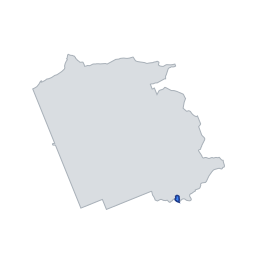 Sirba, Western Darfur, Sudan shown in context, rotated 248°
{"feature_id": "16777658B17269795285399", "entity_name": "Sirba", "entity_type": "district", "adm_level": 2, "iso_a3": "SDN", "parent_name": "Sudan", "parent_adm1": "Western Darfur", "projection": "mercator", "projection_center": [22.421, 13.82], "detail": "fine", "context": "in_parent", "style": "filled", "palette": "blue", "viewbox_px": 256, "rotation_deg": 248, "n_neighbors": 0, "source": "geoboundaries", "source_scale": "gbopen_adm2", "svg_char_len": 4345}
<svg xmlns="http://www.w3.org/2000/svg" viewBox="0 0 256 256"><g transform="rotate(248 128 128)"><path d="M169.7,195.4L167.7,195.4L167.5,194.9L167.5,193.6L167.8,192.6L168.5,191.0L168.3,190.1L168.4,188.9L167.9,187.5L163.0,183.4L162.1,182.3L159.5,181.3L159.9,180.2L158.9,171.8L159.4,170.9L159.6,169.4L159.5,168.1L160.2,166.0L160.2,165.1L155.1,165.0L155.0,165.9L155.2,167.0L155.2,167.4L148.1,167.4L150.9,170.7L151.1,172.1L150.9,173.9L150.9,175.0L151.1,175.8L151.9,177.2L151.8,177.5L151.6,177.9L146.5,182.2L145.7,184.2L145.0,185.3L143.5,187.1L138.9,191.7L138.1,192.0L134.6,192.2L134.2,192.3L134.0,192.5L133.8,192.4L130.8,189.7L125.7,186.5L122.3,188.2L121.4,188.8L121.4,190.4L120.9,191.2L120.0,192.0L117.5,192.6L116.2,193.1L114.6,194.0L113.1,195.4L113.0,196.2L113.2,196.9L104.6,196.9L104.0,196.3L102.7,193.9L101.9,194.0L94.0,193.7L92.9,194.0L90.7,195.0L89.5,195.2L88.4,194.7L84.2,189.9L83.3,189.3L82.4,188.1L81.5,187.6L81.2,187.3L81.1,186.8L81.2,185.7L80.9,185.0L80.2,184.9L74.7,186.0L73.9,185.9L72.7,186.1L72.3,186.3L71.8,186.9L71.8,188.2L71.6,188.9L71.2,189.6L69.6,191.3L69.3,192.0L69.3,193.8L69.2,194.7L69.0,195.1L68.3,195.8L68.1,196.2L67.8,198.5L66.9,199.9L66.7,200.4L66.7,201.4L66.5,201.7L64.0,202.5L63.1,203.0L62.5,203.8L62.4,204.1L61.3,203.8L59.9,203.6L57.3,203.4L56.3,203.0L55.8,202.5L55.9,201.1L55.7,200.8L55.3,200.5L55.0,199.9L55.0,199.2L56.4,197.6L56.7,196.7L57.1,192.7L57.0,191.4L55.9,189.2L53.3,185.2L52.7,184.5L49.6,181.2L49.2,180.8L48.5,179.4L49.3,176.4L49.3,175.6L49.1,174.7L48.3,174.1L47.6,174.0L46.7,173.2L46.1,172.8L45.5,172.1L45.2,171.1L45.4,167.6L45.3,167.1L44.5,167.0L44.3,166.7L44.3,166.0L43.9,164.0L43.4,162.3L43.6,161.4L43.0,160.2L41.7,159.6L39.2,160.0L38.4,160.0L37.8,159.7L37.5,159.3L37.3,158.7L37.4,157.9L38.2,156.4L39.1,155.1L40.9,154.0L41.3,153.4L41.6,152.7L41.7,152.0L41.6,151.2L41.3,150.4L40.8,149.4L40.3,148.3L40.3,147.5L40.5,146.9L41.0,146.3L42.8,145.0L44.7,143.9L45.0,143.5L44.9,143.0L44.0,142.1L43.8,140.4L43.3,139.1L44.2,138.2L44.9,137.9L46.0,137.6L46.4,137.2L46.5,136.5L46.5,135.8L46.9,135.2L47.4,134.1L47.8,133.6L49.2,132.3L49.6,131.4L49.6,130.6L49.3,128.1L50.1,127.1L51.1,126.2L52.6,126.3L54.9,126.1L56.5,125.7L57.6,125.8L60.2,126.2L60.5,126.0L60.6,125.4L60.6,77.5L71.2,77.5L71.4,77.4L71.4,54.3L138.7,54.3L139.3,54.2L140.3,52.0L140.8,51.9L141.5,52.0L141.7,52.5L141.2,54.3L199.9,54.3L200.1,56.9L200.5,59.1L202.2,62.1L203.6,63.7L204.1,64.6L204.2,65.0L204.1,65.4L203.7,65.0L203.0,64.7L202.9,66.1L203.2,69.0L203.8,71.0L203.4,72.9L203.4,76.0L204.2,79.8L204.0,82.2L205.2,87.8L206.4,90.9L207.1,91.7L207.8,92.1L209.2,92.4L211.3,93.9L212.9,95.6L213.5,96.5L214.3,97.4L214.9,97.3L215.2,97.0L215.7,97.8L218.3,99.4L218.7,100.2L217.8,101.0L216.7,102.3L216.2,103.5L215.9,103.9L215.0,104.6L214.9,105.0L214.5,105.2L214.1,105.2L213.2,105.7L212.4,105.5L211.6,105.8L211.3,106.0L210.7,106.3L209.8,106.4L208.4,107.4L207.2,107.9L206.8,108.4L206.2,110.4L205.8,110.9L204.0,111.0L203.2,111.1L202.0,110.9L201.4,110.9L201.3,111.4L201.1,113.1L201.1,113.9L200.1,115.9L200.4,119.6L199.4,122.3L199.3,123.0L198.4,125.2L197.9,126.0L196.6,130.1L196.2,131.3L195.1,132.6L196.2,142.4L195.3,145.4L195.4,147.0L194.7,149.4L194.3,150.5L193.5,151.9L192.8,153.4L192.3,155.4L191.9,159.1L191.7,159.4L188.6,159.9L187.6,160.2L187.0,160.6L186.2,161.5L184.6,164.1L183.7,165.7L182.4,167.9L180.9,169.5L180.6,170.3L180.4,171.7L179.8,173.9L179.3,175.5L179.4,176.7L178.9,178.9L179.0,180.0L178.4,180.6L177.7,181.2L177.2,181.3L175.1,179.8L173.6,180.8L172.6,182.3L171.9,183.7L172.3,186.7L172.3,187.4L172.0,188.1L170.6,191.1L170.2,192.5L169.8,194.8L169.7,195.4Z" fill="#d9dde1" stroke="#a8b0b8" stroke-width="1"/><path d="M45.3,149.6L45.5,149.6L45.8,149.5L46.0,149.4L46.4,149.0L46.6,148.9L46.9,148.5L47.2,148.1L47.1,147.6L47.0,147.1L46.9,146.6L46.7,146.6L46.4,146.6L46.2,146.4L45.8,146.3L45.5,146.2L45.3,146.2L45.0,146.0L44.9,145.6L44.7,145.6L44.6,145.4L44.5,145.1L44.4,145.1L44.2,145.0L43.9,145.0L43.6,145.0L43.2,145.0L42.9,145.1L42.7,145.2L42.6,145.3L42.4,145.7L42.1,145.7L41.9,145.7L41.8,145.8L41.7,145.8L41.5,146.0L41.4,146.1L41.1,146.5L40.9,146.7L40.8,146.8L40.5,147.1L40.3,147.4L40.1,147.6L40.4,147.6L40.6,147.6L40.8,147.6L41.0,147.9L41.3,148.1L41.5,148.1L41.9,148.3L42.1,148.5L42.3,148.5L42.6,148.9L42.8,148.9L43.0,148.9L43.4,149.0L43.7,149.0L44.0,149.1L44.3,149.2L44.5,149.3L44.8,149.5L45.3,149.6Z" fill="#3b82f6" stroke="#1e3a8a" stroke-width="1.5"/></g></svg>